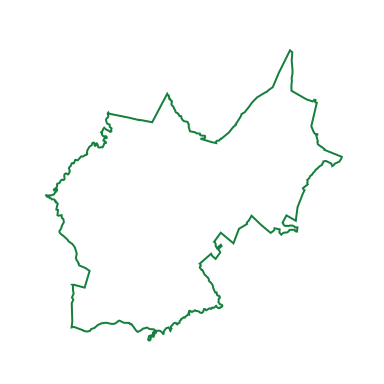 Amealco de Bonfil, Querétaro, Mexico, rotated 97°
{"feature_id": "50627088B28014095669101", "entity_name": "Amealco de Bonfil", "entity_type": "district", "adm_level": 2, "iso_a3": "MEX", "parent_name": "Mexico", "parent_adm1": "Querétaro", "projection": "albers", "projection_center": [-100.096, 20.187], "detail": "fine", "context": "isolated", "style": "outline", "palette": "green", "viewbox_px": 384, "rotation_deg": 97, "n_neighbors": 0, "source": "geoboundaries", "source_scale": "gbopen_adm2", "svg_char_len": 6063}
<svg xmlns="http://www.w3.org/2000/svg" viewBox="0 0 384 384"><g transform="rotate(97 192 192)"><path d="M341.1,295.0L340.3,292.7L342.6,283.0L342.9,282.9L343.3,280.4L343.1,278.4L342.1,276.2L340.5,275.6L338.7,272.1L335.6,269.4L333.4,265.9L332.2,261.3L332.7,256.0L332.5,253.9L331.5,251.7L328.9,249.2L328.5,248.2L330.1,243.7L329.6,238.2L330.0,237.7L330.5,237.6L330.5,236.4L330.9,236.3L331.1,235.9L330.9,235.5L336.1,230.8L337.5,228.9L335.9,226.3L333.4,223.7L333.1,222.5L332.2,220.7L332.1,219.9L333.2,217.3L333.0,213.2L333.2,212.6L333.6,212.3L334.9,212.5L336.4,213.6L338.3,213.3L338.7,213.6L339.3,215.4L340.4,217.2L342.8,217.3L343.7,217.6L344.5,216.9L344.5,215.8L343.6,215.2L341.0,215.1L340.4,214.3L340.3,212.4L337.3,211.9L336.4,211.3L336.1,210.6L334.0,210.4L333.6,207.0L335.0,204.5L336.3,203.6L336.3,203.0L333.7,202.9L330.4,201.1L329.3,198.8L331.0,197.2L332.2,196.9L332.5,196.5L330.6,196.2L330.1,195.8L329.9,196.1L328.3,196.6L324.7,194.2L323.9,193.0L323.9,192.3L324.2,191.5L325.0,191.2L325.2,190.3L323.9,189.7L323.4,188.5L321.6,188.5L320.5,187.5L319.4,187.3L318.6,186.0L317.5,185.2L317.6,183.9L317.0,183.8L314.7,181.4L313.9,181.1L313.7,180.6L314.0,179.8L312.6,180.0L312.3,180.4L311.9,180.0L311.0,180.4L310.4,180.3L310.1,179.6L311.1,177.4L309.0,174.6L309.6,173.5L309.6,172.0L309.9,170.2L310.7,169.4L310.9,167.6L309.7,166.4L306.7,165.8L306.7,164.6L307.7,163.7L307.6,163.3L305.3,160.4L305.7,158.9L305.2,158.2L304.7,158.3L304.3,157.9L304.4,156.8L303.8,155.7L302.1,154.2L303.1,153.3L304.0,151.7L304.0,150.6L303.8,150.2L302.9,149.8L302.6,148.7L301.9,148.1L301.1,148.0L300.5,148.5L299.8,150.9L299.1,151.3L298.1,152.3L294.6,152.4L293.5,151.4L292.2,152.0L292.0,152.6L291.6,152.8L291.7,153.6L291.1,154.6L288.7,155.3L289.0,156.7L284.3,159.5L283.3,159.5L281.2,160.7L279.0,163.1L278.5,164.0L277.8,164.5L276.2,164.8L274.9,166.0L274.3,167.0L273.3,168.0L272.6,169.3L268.2,172.1L268.3,173.0L267.3,173.6L266.3,175.0L265.0,175.0L264.2,174.3L262.6,174.8L262.2,175.6L251.0,165.5L253.0,164.1L255.5,160.4L248.5,156.6L246.7,157.8L246.4,158.5L245.6,159.1L242.0,156.0L240.9,157.0L244.7,160.4L242.7,161.9L240.9,162.1L238.6,163.4L238.6,163.9L228.9,158.5L237.9,144.6L222.8,140.9L217.0,133.4L216.1,133.9L214.5,133.1L213.6,132.2L208.3,130.0L216.4,119.2L223.0,109.0L220.7,106.4L219.5,105.7L217.9,105.7L218.4,100.4L221.5,100.4L223.5,98.2L221.5,96.4L220.8,94.6L220.7,92.9L219.6,91.6L217.7,90.4L216.9,85.5L217.8,85.2L218.4,84.4L218.5,83.0L214.3,83.0L214.4,85.4L213.5,86.7L213.1,88.6L213.4,91.0L214.0,92.0L213.9,93.6L214.3,94.1L214.1,96.1L213.2,97.2L212.0,97.6L211.5,98.4L203.7,95.4L207.9,85.5L194.3,85.4L180.2,81.8L176.5,80.5L176.0,81.5L174.7,82.4L170.3,78.0L169.2,78.7L167.2,78.5L166.1,79.1L164.1,77.4L161.7,76.6L160.2,75.0L158.4,74.2L157.2,73.1L154.7,71.8L153.4,70.3L152.5,69.8L150.7,68.2L149.2,66.2L148.3,66.2L146.8,65.4L145.6,65.3L144.9,62.8L146.8,57.2L149.2,56.0L148.0,54.6L146.4,53.6L143.9,49.5L141.0,48.0L138.8,47.6L134.1,65.5L133.8,65.3L133.1,65.9L129.4,72.8L127.0,73.7L126.2,73.3L120.4,75.7L120.0,75.6L119.9,74.6L119.4,74.6L119.2,77.1L117.7,78.5L112.2,81.6L88.2,79.0L87.9,80.5L85.6,80.7L85.6,81.9L86.3,81.9L87.4,83.3L86.2,89.4L79.4,105.6L74.3,106.3L69.4,106.4L66.8,107.0L62.4,106.7L58.6,107.1L49.9,109.0L41.1,109.5L39.5,112.0L63.0,120.3L78.1,124.6L81.4,128.3L83.6,130.1L84.1,131.2L90.2,139.0L96.0,143.4L100.9,146.0L106.5,149.5L108.6,152.3L111.3,152.9L119.7,157.0L120.0,156.6L122.8,159.2L128.4,162.6L135.7,169.5L135.5,169.9L137.8,171.5L137.8,172.7L138.3,173.7L139.1,174.3L140.5,173.9L140.1,178.6L138.1,190.1L137.2,186.1L136.1,185.6L134.7,186.1L134.7,190.7L133.1,191.3L133.2,194.8L132.3,196.3L132.0,201.4L127.4,203.3L125.1,203.4L124.9,203.8L123.0,204.9L122.6,208.9L121.2,210.6L119.9,211.5L118.1,211.9L118.2,213.7L116.1,215.1L116.0,215.6L115.3,216.2L115.1,217.4L114.3,218.2L112.6,218.8L111.4,220.1L110.7,220.2L109.8,220.8L108.9,221.7L108.4,222.6L107.1,223.2L105.9,222.9L105.3,223.3L104.5,223.0L104.0,223.2L103.0,225.1L102.5,225.1L102.5,225.7L101.3,226.3L100.7,226.1L99.8,226.5L99.7,226.9L99.0,226.9L98.5,228.0L97.6,228.6L127.6,240.0L127.0,248.8L126.8,253.1L127.1,253.2L125.9,263.7L124.4,283.8L123.3,284.7L124.3,285.3L126.5,284.4L127.6,284.3L129.8,285.9L130.9,286.2L134.0,284.9L134.8,283.7L135.1,282.0L137.4,281.6L138.6,279.6L140.2,279.9L141.5,279.4L142.2,280.1L142.2,280.8L141.1,282.7L140.5,284.8L138.9,287.0L140.6,288.0L141.9,288.1L143.9,289.5L144.3,288.5L145.8,288.4L147.0,287.5L147.5,286.4L147.1,284.2L147.9,283.4L148.4,283.2L148.9,283.5L149.4,285.5L151.7,286.2L152.5,284.0L153.6,283.3L153.9,283.6L154.0,284.6L154.3,285.0L155.5,285.1L158.6,286.3L158.6,287.7L159.2,289.3L159.0,290.5L156.2,291.6L155.3,292.5L155.6,293.0L157.2,292.9L158.0,293.8L157.6,294.4L155.2,295.1L154.9,295.7L155.3,296.5L156.1,297.0L157.9,297.3L159.4,299.2L163.2,300.9L166.3,301.1L166.8,300.6L167.4,300.8L168.2,301.6L168.2,302.1L170.2,304.8L170.2,306.4L174.3,309.1L174.6,309.9L174.2,311.1L174.4,311.8L177.7,312.7L178.1,313.2L177.8,314.3L178.6,315.0L181.3,315.7L181.9,316.5L183.4,317.1L186.2,315.8L188.4,316.3L189.7,317.3L188.9,318.8L189.1,319.7L189.8,320.6L191.4,320.8L194.4,320.1L195.4,320.5L195.8,321.1L195.6,322.4L195.8,322.9L197.1,323.9L198.4,324.2L199.6,325.1L200.0,326.6L201.1,326.9L202.1,326.6L203.1,326.6L204.9,327.7L205.9,329.0L206.7,329.4L207.2,329.0L207.1,328.4L205.8,326.4L206.6,326.1L208.2,326.9L209.3,327.9L211.1,328.6L212.6,331.7L212.8,333.6L213.6,335.0L212.8,335.9L213.1,336.4L214.2,335.5L214.8,332.6L215.4,332.4L215.6,331.0L216.4,330.1L216.1,328.2L217.2,326.6L217.9,326.7L218.0,326.0L219.0,325.7L219.0,324.8L220.4,323.7L221.8,324.2L226.0,324.5L226.2,322.8L231.4,322.7L231.8,321.5L230.9,318.6L233.6,318.0L234.5,316.4L237.6,315.5L241.0,316.9L243.5,317.3L245.5,318.0L246.6,318.7L247.6,318.8L248.6,318.3L250.4,316.1L250.7,315.1L253.7,310.8L254.5,309.7L255.8,308.8L258.2,304.4L261.3,301.5L267.1,298.9L272.0,299.2L272.7,298.5L273.6,298.3L275.5,296.6L276.2,296.3L276.9,295.6L277.3,295.7L278.6,295.1L280.4,288.6L282.8,284.0L300.0,286.9L298.5,297.9L298.7,299.4L299.1,298.9L304.1,298.1L307.4,297.1L311.3,298.3L313.4,296.7L317.0,297.8L335.4,295.0L341.1,295.0Z" fill="none" stroke="#15803d" stroke-width="2"/></g></svg>